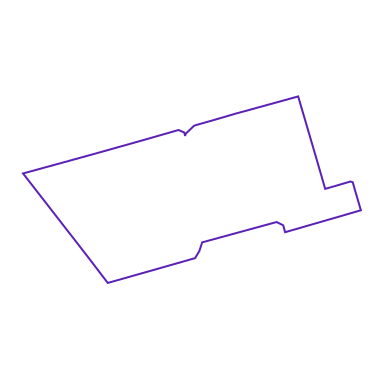 Bernalillo, New Mexico, United States of America (Albers equal-area conic projection), rotated 344°
{"feature_id": "52423323B92421028430791", "entity_name": "Bernalillo", "entity_type": "district", "adm_level": 2, "iso_a3": "USA", "parent_name": "United States of America", "parent_adm1": "New Mexico", "projection": "albers", "projection_center": [-106.564, 35.045], "detail": "fine", "context": "isolated", "style": "outline", "palette": "violet", "viewbox_px": 384, "rotation_deg": 344, "n_neighbors": 0, "source": "geoboundaries", "source_scale": "gbopen_adm2", "svg_char_len": 642}
<svg xmlns="http://www.w3.org/2000/svg" viewBox="0 0 384 384"><g transform="rotate(344 192 192)"><path d="M320.8,193.9L320.4,129.4L273.0,128.9L255.9,128.7L242.5,128.8L221.5,128.8L215.7,128.8L214.2,128.8L212.2,128.9L201.9,134.3L200.8,136.2L201.0,132.7L196.3,128.8L195.5,128.7L194.6,128.7L184.8,128.7L175.1,128.7L164.9,128.7L105.2,128.4L34.7,127.6L73.4,224.1L85.8,255.8L85.9,256.2L163.7,256.4L177.0,256.4L177.6,255.6L182.8,250.8L187.9,243.2L265.0,244.2L269.6,248.3L270.5,249.2L270.4,256.3L285.8,256.3L349.3,256.1L349.2,238.2L349.2,226.9L347.1,225.6L323.6,225.7L320.9,225.7L320.8,193.9Z" fill="none" stroke="#5b21b6" stroke-width="2"/></g></svg>